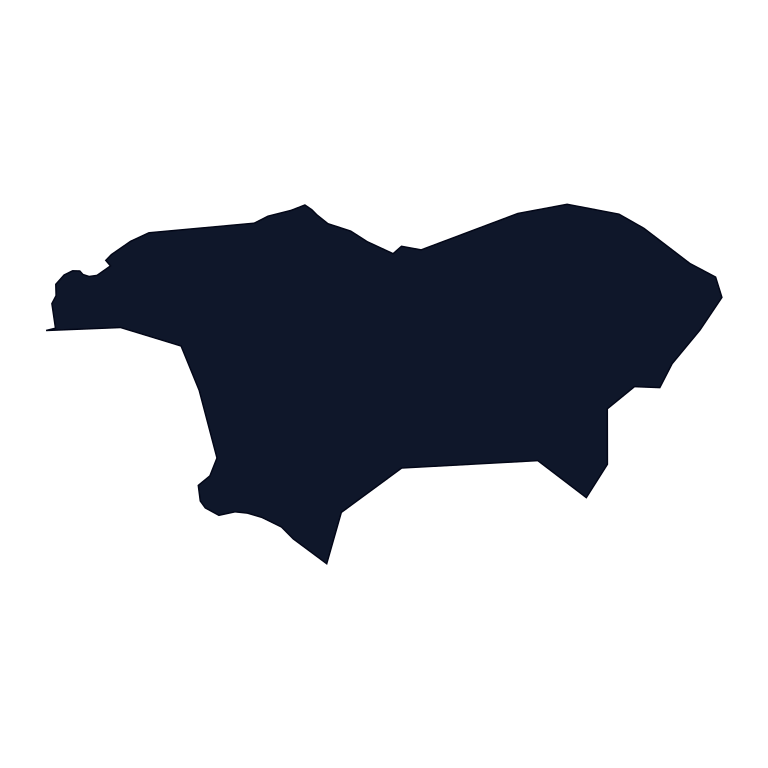 Karsavas, Equal Earth projection
{"feature_id": "LVA-5744", "entity_name": "Karsavas", "entity_type": "Municipality", "adm_level": 1, "iso_a3": "LVA", "parent_name": "Latvia", "parent_adm1": "", "projection": "equal_earth", "projection_center": [27.571, 56.745], "detail": "fine", "context": "isolated", "style": "filled", "palette": "ink", "viewbox_px": 768, "rotation_deg": 0, "n_neighbors": 0, "source": "natural_earth", "source_scale": "10m", "svg_char_len": 865}
<svg xmlns="http://www.w3.org/2000/svg" viewBox="0 0 768 768"><path d="M401.5,246.3L421.1,249.9L517.8,213.5L567.1,204.3L619.0,214.2L644.0,228.4L689.9,263.5L715.6,277.1L721.9,297.4L700.0,330.0L672.1,363.7L659.8,387.6L634.5,386.6L607.3,408.8L607.4,464.3L586.3,497.6L537.8,460.6L401.7,468.0L341.3,512.4L326.7,563.7L293.3,538.9L281.5,527.0L261.9,517.4L247.4,513.1L235.0,511.8L218.9,515.3L205.3,507.9L200.3,501.0L198.3,485.4L209.9,475.9L217.0,458.0L199.2,390.3L181.1,346.0L120.6,327.5L46.1,330.5L55.5,328.2L51.9,303.6L56.1,295.6L55.8,284.3L64.1,275.0L72.6,270.8L79.8,271.0L82.9,274.5L89.1,276.5L97.0,275.4L110.5,265.9L105.8,260.4L111.4,254.6L130.6,241.3L148.9,232.8L170.9,230.8L254.2,223.2L268.0,216.2L291.0,210.4L304.9,205.0L312.0,209.9L316.9,214.9L327.9,223.7L350.7,231.1L367.2,241.7L393.1,253.7L401.5,246.3Z" fill="#0f172a" stroke="#020617" stroke-width="1.5"/></svg>